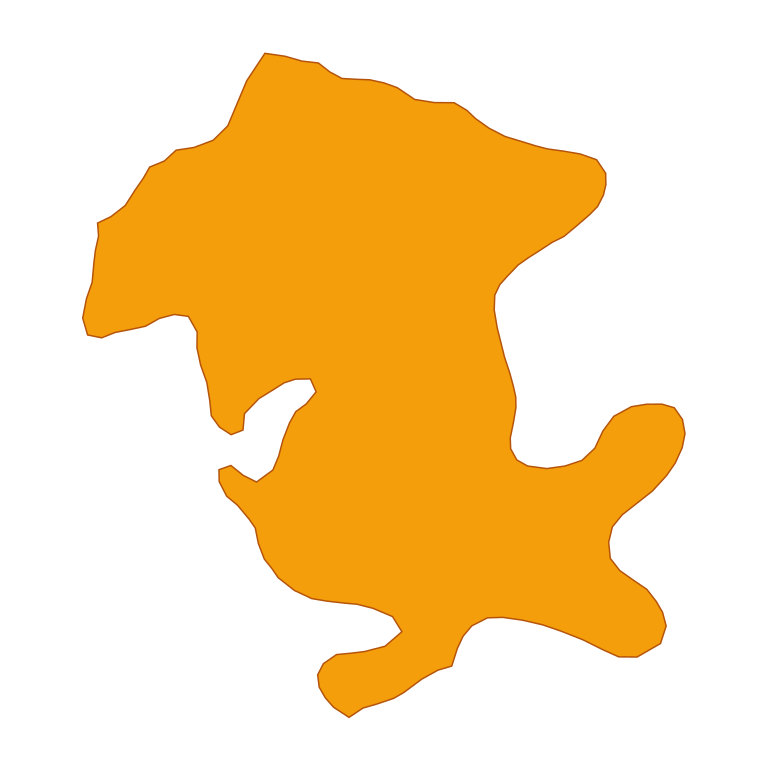 Piratuba, Santa Catarina, Brazil, rotated 269°
{"feature_id": "56859067B2926669482490", "entity_name": "Piratuba", "entity_type": "district", "adm_level": 2, "iso_a3": "BRA", "parent_name": "Brazil", "parent_adm1": "Santa Catarina", "projection": "robinson", "projection_center": [-51.784, -27.46], "detail": "fine", "context": "isolated", "style": "filled", "palette": "amber", "viewbox_px": 768, "rotation_deg": 269, "n_neighbors": 0, "source": "geoboundaries", "source_scale": "gbopen_adm2", "svg_char_len": 2278}
<svg xmlns="http://www.w3.org/2000/svg" viewBox="0 0 768 768"><g transform="rotate(269 384 384)"><path d="M100.8,446.8L118.5,452.8L130.5,458.7L140.7,467.6L148.4,483.4L148.6,498.6L145.5,518.1L140.4,538.5L133.8,556.7L124.8,578.4L114.4,598.4L107.1,613.9L106.6,632.3L119.7,655.9L137.1,661.9L150.9,658.5L161.7,652.5L174.1,643.2L182.7,631.0L193.3,616.5L205.7,607.2L221.9,605.9L237.1,609.8L249.1,619.9L257.5,631.0L272.3,650.5L287.6,665.0L299.9,673.8L315.0,681.0L329.1,684.1L343.3,681.8L355.2,673.8L359.0,661.6L359.2,646.3L357.0,631.0L347.7,613.2L333.1,602.0L316.1,593.7L304.1,580.5L298.8,563.4L296.6,545.3L299.5,526.1L305.7,515.5L317.0,509.5L327.8,509.3L344.0,512.9L358.1,515.5L368.7,515.5L379.1,513.4L392.6,510.0L409.0,504.9L423.8,501.5L438.6,498.1L456.1,495.5L470.9,496.3L481.3,501.5L489.7,509.3L500.6,520.1L507.9,530.8L514.7,541.9L522.7,554.6L528.4,566.5L539.7,580.5L549.9,592.7L557.8,600.7L569.1,606.7L579.3,609.3L590.8,609.3L604.5,600.5L610.5,584.4L613.6,568.1L616.2,551.5L619.6,539.3L623.8,526.6L629.3,509.5L637.9,493.5L647.7,480.2L656.1,471.7L664.0,459.0L664.5,439.1L668.0,419.6L680.0,402.5L685.1,389.1L688.4,375.1L689.1,362.4L690.2,347.3L697.0,335.2L706.1,324.0L708.3,307.4L713.4,290.9L716.7,270.7L689.5,252.0L644.8,232.3L630.7,217.5L623.8,198.1L621.4,180.2L610.8,168.3L605.0,153.5L594.2,147.1L582.2,138.5L567.0,128.4L556.1,113.9L549.9,100.4L536.9,101.2L522.7,97.8L509.7,96.0L490.9,94.0L474.5,88.0L455.2,83.9L438.2,88.5L435.1,102.5L440.2,116.0L443.1,132.3L445.9,146.5L453.5,160.5L457.2,175.6L455.0,189.6L439.3,198.1L423.4,197.6L406.1,201.0L388.6,206.9L370.5,209.5L355.2,210.8L343.7,218.8L336.0,230.2L340.4,242.2L356.8,244.0L371.6,258.7L380.7,274.0L386.9,284.1L390.4,295.5L390.4,310.5L377.4,316.0L365.4,305.9L357.9,295.3L346.6,288.8L330.2,282.1L313.6,277.4L299.9,271.4L288.2,254.8L295.1,241.6L305.2,229.5L301.2,217.5L289.3,217.5L274.5,224.8L265.4,235.4L251.2,246.8L242.2,252.8L226.7,255.6L211.0,261.3L201.3,268.8L192.2,274.8L179.1,290.9L170.7,308.0L167.9,323.2L165.6,340.6L164.3,353.0L159.9,369.1L151.3,388.5L136.0,397.6L121.8,380.5L116.8,359.8L115.4,346.0L114.3,331.8L105.5,318.6L94.4,312.6L82.0,313.9L71.2,319.9L61.7,327.9L51.3,343.2L60.3,357.2L64.5,372.5L69.6,388.3L75.2,398.4L88.2,416.5L96.9,432.8L100.8,446.8Z" fill="#f59e0b" stroke="#b45309" stroke-width="1.5"/></g></svg>